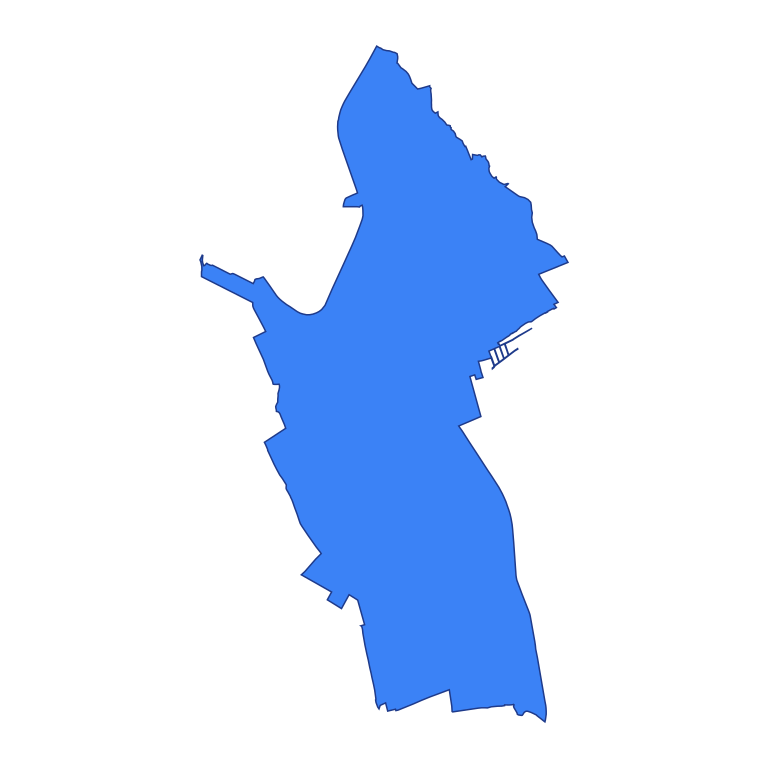 the district of Bacau, Bacau, Romania
{"feature_id": "2599482B93672222813431", "entity_name": "Bacau", "entity_type": "district", "adm_level": 2, "iso_a3": "ROU", "parent_name": "Romania", "parent_adm1": "Bacau", "projection": "albers", "projection_center": [26.916, 46.564], "detail": "fine", "context": "isolated", "style": "filled", "palette": "blue", "viewbox_px": 768, "rotation_deg": 0, "n_neighbors": 0, "source": "geoboundaries", "source_scale": "gbopen_adm2", "svg_char_len": 6073}
<svg xmlns="http://www.w3.org/2000/svg" viewBox="0 0 768 768"><path d="M264.4,442.3L265.7,444.9L267.6,449.4L267.7,450.5L271.8,459.3L274.0,464.1L276.6,469.2L279.7,474.9L282.4,478.6L286.3,484.8L286.1,488.0L286.2,488.8L287.1,490.6L287.8,491.7L290.4,496.4L290.6,497.2L291.8,499.6L292.7,501.9L294.7,507.7L297.1,514.1L299.2,520.5L300.3,523.6L302.0,526.4L308.2,535.6L316.3,547.1L320.3,552.2L321.2,553.6L315.6,559.2L304.8,571.6L301.3,574.8L331.6,592.0L327.3,599.8L341.5,608.6L349.1,594.7L357.7,600.1L364.6,624.7L360.9,625.8L361.4,626.1L362.0,627.3L362.5,629.4L362.9,633.3L365.0,645.3L366.9,654.2L368.3,660.2L369.7,667.3L371.2,673.7L371.8,676.8L373.6,684.7L374.7,690.1L375.9,698.9L375.8,699.9L375.6,700.0L376.0,702.4L377.7,707.0L379.0,708.9L380.2,705.4L385.6,702.9L387.7,711.1L395.5,709.2L395.9,710.6L398.1,710.1L413.4,703.9L421.4,700.4L430.0,696.9L449.3,689.7L451.8,706.3L452.1,711.5L452.7,711.9L478.5,708.1L481.5,707.8L485.4,707.8L487.5,707.9L491.3,706.8L497.8,706.2L501.7,706.1L504.6,705.6L504.6,704.9L509.0,705.0L512.7,704.7L513.5,704.4L514.0,704.8L513.6,706.6L514.0,707.7L516.7,712.3L517.0,712.9L517.3,714.2L518.3,714.9L521.3,715.4L522.2,715.3L522.8,714.6L524.2,712.4L524.9,711.9L525.9,711.3L527.0,711.2L527.8,711.3L531.0,712.4L533.8,713.7L536.4,715.0L536.9,715.6L544.9,721.9L545.3,720.5L545.7,717.9L546.2,714.2L546.2,711.2L546.0,707.7L545.7,705.2L544.9,701.1L537.4,657.6L535.7,649.1L535.4,645.7L534.8,641.6L530.2,615.9L529.8,614.2L528.9,611.6L522.0,594.1L516.8,580.1L516.3,577.5L516.0,575.4L513.7,542.5L512.6,529.1L512.1,524.4L511.0,518.2L510.0,513.9L508.7,509.7L507.2,505.5L505.9,501.7L504.2,497.8L502.3,493.7L498.9,487.4L491.5,475.9L488.3,471.2L476.8,453.5L469.5,442.4L462.6,431.6L458.7,426.0L480.9,416.5L469.9,376.5L474.7,374.9L476.2,379.4L483.0,377.5L481.5,372.9L481.2,372.2L480.6,369.5L478.4,361.3L481.5,360.8L483.5,360.3L491.1,358.0L494.1,366.0L493.5,367.1L492.3,368.1L492.4,368.8L493.8,367.6L494.3,367.0L494.7,366.2L495.7,365.3L502.8,360.1L514.5,351.1L517.8,349.1L517.6,348.6L514.7,350.5L499.4,362.1L494.5,365.6L491.4,356.9L490.7,355.9L488.9,351.1L494.1,348.8L496.6,355.9L498.0,359.9L499.0,362.2L499.3,362.0L498.4,359.6L494.5,348.6L499.4,346.5L503.8,358.6L504.0,358.3L499.8,346.2L500.1,345.9L504.5,343.9L506.7,350.0L508.3,355.1L508.7,354.9L505.0,343.8L512.8,340.0L514.1,339.0L519.4,335.7L529.4,329.9L529.7,329.6L532.1,328.2L520.8,334.6L519.2,335.4L513.5,339.0L512.7,339.6L499.9,345.7L498.9,343.8L498.4,344.1L497.7,342.8L500.1,341.2L500.2,341.4L501.9,340.5L507.8,336.4L507.9,336.5L509.1,335.7L510.0,334.9L510.3,334.3L510.9,333.9L511.0,334.0L512.4,333.0L512.6,333.3L514.7,331.9L516.2,331.3L518.0,329.4L519.0,328.6L520.3,327.1L521.3,326.3L525.5,323.4L528.1,322.1L528.9,321.9L531.1,321.8L531.6,321.6L535.5,318.6L540.0,315.7L545.2,312.8L545.5,313.1L547.5,312.0L547.3,311.6L551.2,309.5L553.6,308.4L554.0,309.0L556.4,307.6L553.9,304.3L558.1,302.4L549.7,291.0L542.0,280.2L540.9,278.5L538.7,274.3L568.0,262.4L564.4,256.0L562.0,256.9L560.1,255.2L557.5,252.4L552.0,246.3L550.2,245.0L546.9,243.4L537.3,239.3L537.0,235.7L536.8,234.3L535.6,230.9L534.1,227.6L532.3,222.3L531.7,217.3L532.3,212.9L531.5,209.6L531.2,205.1L530.7,202.3L528.0,199.5L524.6,197.7L519.8,196.6L518.5,196.0L505.2,186.7L508.3,183.8L507.9,183.5L504.0,184.5L499.5,182.3L498.2,181.0L496.7,179.4L496.3,178.5L496.2,177.8L496.4,177.3L496.1,176.9L495.4,177.3L494.1,178.2L492.0,176.5L490.2,173.6L489.3,171.8L489.0,170.0L488.9,168.1L489.6,166.1L489.1,165.7L488.9,164.0L488.5,162.5L488.0,161.5L486.0,158.9L485.7,157.7L485.7,157.1L485.3,156.0L483.0,156.2L481.9,156.9L480.3,154.9L478.8,154.8L477.5,155.4L472.6,154.5L472.4,159.1L471.1,159.7L470.2,157.3L468.5,153.1L467.7,151.0L465.7,146.2L464.9,146.5L463.2,143.6L462.2,140.9L459.9,139.3L456.4,137.2L455.9,136.4L455.2,133.6L454.8,133.0L453.5,131.1L451.2,129.5L451.0,128.9L451.2,127.8L450.6,127.3L450.3,126.8L450.2,125.7L448.9,125.3L447.0,125.1L446.0,123.9L444.9,122.2L442.2,119.5L440.1,118.0L438.8,116.6L438.3,115.7L438.1,114.7L437.9,111.9L435.3,113.2L433.1,111.4L431.9,109.6L431.5,107.0L431.5,104.7L431.4,102.9L431.5,100.2L431.1,93.9L430.8,91.9L430.7,90.6L430.7,89.6L431.1,88.4L429.8,86.9L429.5,86.2L429.6,85.8L421.3,88.2L417.6,89.0L415.3,86.6L411.9,83.2L410.6,79.2L409.5,76.4L408.3,74.1L406.1,71.5L402.9,69.0L400.9,67.7L398.0,63.7L397.6,63.3L397.0,63.0L397.7,58.6L397.7,56.7L397.1,53.7L394.6,52.4L393.5,52.3L389.5,50.9L386.5,50.6L383.0,49.7L380.7,48.1L379.3,47.7L376.7,46.1L369.8,58.8L365.4,66.5L349.8,92.4L344.7,101.1L343.3,103.9L342.0,106.8L340.8,109.7L339.8,113.2L338.8,117.4L338.5,119.6L337.9,121.3L337.6,126.7L337.7,129.8L338.3,136.0L338.7,138.0L342.3,149.2L345.9,159.5L347.9,165.2L356.1,188.6L357.5,192.9L355.5,193.9L353.4,194.7L346.2,198.0L345.3,199.0L344.9,199.8L344.3,201.7L343.6,204.1L343.3,206.2L343.3,206.7L357.1,206.7L359.5,207.0L360.3,206.0L362.1,205.2L362.6,207.0L362.9,210.1L363.0,215.7L362.4,218.5L362.0,219.9L360.0,225.5L355.5,237.4L351.9,245.7L343.2,264.9L332.1,289.1L325.0,305.4L321.6,309.6L319.1,311.5L316.4,312.9L313.0,314.1L309.9,314.7L306.7,314.8L302.9,314.0L300.2,313.2L297.3,311.7L290.0,306.7L286.6,304.6L282.1,301.2L279.9,299.3L277.8,297.2L276.4,295.5L269.5,285.5L264.3,278.2L263.2,276.9L262.3,277.2L259.2,278.5L256.3,278.9L255.8,279.1L255.0,279.5L254.8,279.9L254.5,281.2L253.2,283.6L234.6,274.2L232.8,273.5L230.2,274.2L212.5,265.2L212.0,265.4L211.1,265.4L210.2,265.2L207.8,264.1L206.8,263.3L205.8,264.1L205.0,265.1L204.2,265.6L203.7,265.7L202.3,261.5L202.5,261.4L202.3,259.8L202.4,259.7L202.8,255.5L202.2,255.2L200.0,259.9L200.5,261.1L200.9,262.3L201.6,265.5L201.8,266.4L201.9,270.5L201.6,271.1L201.5,272.8L201.5,276.6L252.7,302.5L252.8,306.0L253.4,307.9L254.3,309.8L258.9,318.3L263.9,327.8L265.7,331.5L253.5,337.5L256.0,343.4L263.4,359.4L267.7,371.3L269.0,374.3L272.2,380.5L272.8,382.5L273.0,383.9L273.3,384.2L274.8,384.4L276.7,384.4L279.1,384.2L279.5,385.8L279.5,387.7L279.0,390.1L278.0,393.5L278.1,395.7L277.8,399.0L277.7,402.4L277.2,403.1L276.5,404.5L275.7,406.5L275.9,408.2L276.3,409.9L276.4,411.4L278.3,411.9L279.4,412.9L280.2,414.4L281.0,416.6L284.4,424.5L285.7,428.3L264.4,442.3Z" fill="#3b82f6" stroke="#1e3a8a" stroke-width="1.5"/></svg>